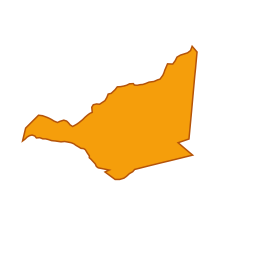 the district of Tacaimbó, Pernambuco, Brazil, rotated 240°
{"feature_id": "56859067B67838199851802", "entity_name": "Tacaimbó", "entity_type": "district", "adm_level": 2, "iso_a3": "BRA", "parent_name": "Brazil", "parent_adm1": "Pernambuco", "projection": "equal_earth", "projection_center": [-36.247, -8.34], "detail": "fine", "context": "isolated", "style": "filled", "palette": "amber", "viewbox_px": 256, "rotation_deg": 240, "n_neighbors": 0, "source": "geoboundaries", "source_scale": "gbopen_adm2", "svg_char_len": 1455}
<svg xmlns="http://www.w3.org/2000/svg" viewBox="0 0 256 256"><g transform="rotate(240 128 128)"><path d="M72.2,170.4L76.9,168.7L90.2,164.0L88.0,175.3L109.7,190.7L131.0,205.7L139.5,211.7L143.5,214.6L145.7,216.2L159.3,225.8L166.7,224.4L163.8,220.9L163.3,217.2L164.9,209.9L164.9,205.9L162.6,202.4L161.0,198.7L163.8,194.3L159.6,188.7L158.1,187.1L156.2,184.5L154.3,180.1L154.9,177.7L155.3,173.8L157.2,169.2L157.7,165.5L158.3,162.6L159.4,160.3L160.4,157.3L162.0,155.0L163.8,154.8L165.5,151.4L165.7,148.2L166.4,145.4L167.5,142.3L169.0,139.3L167.6,135.9L166.4,130.8L167.3,127.8L165.0,124.9L163.2,121.7L163.0,118.7L162.8,115.2L164.5,112.9L165.5,109.6L164.1,107.0L159.5,104.9L159.7,101.9L159.4,99.4L158.8,96.2L157.9,92.9L157.1,87.9L156.9,85.1L157.0,80.8L159.7,79.4L162.3,79.0L164.7,78.3L166.9,76.3L167.8,72.4L168.0,69.7L171.0,67.4L173.6,66.0L175.8,64.6L177.6,63.3L181.4,60.1L183.8,56.9L179.1,39.3L169.5,30.2L169.8,33.1L170.6,36.2L170.6,39.0L169.9,41.4L167.7,43.3L165.2,43.7L163.7,46.8L161.2,48.8L159.8,51.2L157.9,53.2L155.3,55.5L153.0,58.7L151.0,61.2L149.5,63.1L148.0,66.4L145.8,69.0L143.6,71.5L141.4,73.2L138.9,74.3L136.3,75.8L133.9,77.1L132.3,79.3L130.6,80.2L126.0,80.3L123.3,80.6L121.6,79.6L119.6,80.3L113.3,81.7L110.5,81.4L108.4,82.3L105.5,85.6L101.0,90.7L101.4,86.1L89.9,91.1L87.6,95.1L86.6,99.4L86.9,102.5L87.8,106.4L87.8,110.2L88.8,113.0L84.5,128.2L80.9,140.6L78.4,149.0L76.1,156.9L72.2,170.4Z" fill="#f59e0b" stroke="#b45309" stroke-width="1.5"/></g></svg>